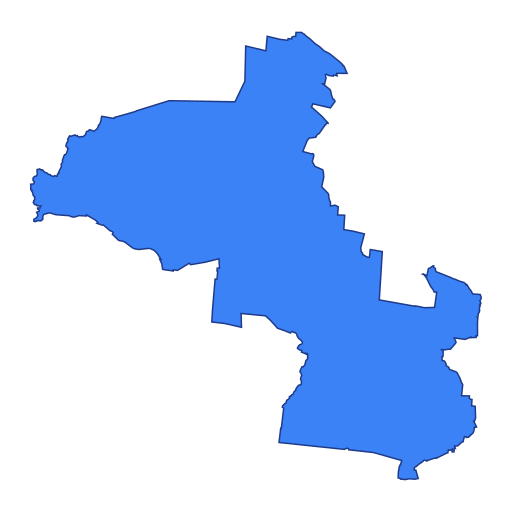 the district of Ojocaliente, Zacatecas, Mexico
{"feature_id": "50627088B28606708050164", "entity_name": "Ojocaliente", "entity_type": "district", "adm_level": 2, "iso_a3": "MEX", "parent_name": "Mexico", "parent_adm1": "Zacatecas", "projection": "orthographic", "projection_center": [-102.224, 22.565], "detail": "fine", "context": "isolated", "style": "filled", "palette": "blue", "viewbox_px": 512, "rotation_deg": 0, "n_neighbors": 0, "source": "geoboundaries", "source_scale": "gbopen_adm2", "svg_char_len": 5964}
<svg xmlns="http://www.w3.org/2000/svg" viewBox="0 0 512 512"><path d="M36.6,212.3L37.7,214.4L37.6,216.1L36.5,217.8L34.0,219.2L33.8,219.8L33.8,221.2L35.2,221.7L38.3,220.5L40.0,220.9L41.5,220.6L42.8,219.2L42.8,216.3L43.7,214.4L49.6,212.8L55.8,214.7L69.2,215.7L71.4,216.7L73.3,217.1L75.1,216.9L79.0,215.6L86.4,216.0L86.5,214.9L95.6,220.2L97.9,222.5L96.9,223.3L102.3,225.2L103.5,225.1L110.2,230.9L111.5,231.1L112.7,231.9L113.2,232.7L112.3,234.2L118.4,240.2L119.7,240.7L122.7,241.2L125.0,242.2L132.4,247.8L134.9,248.9L138.8,249.5L148.6,248.4L150.4,248.6L154.1,250.3L157.1,253.3L160.7,258.9L161.0,259.4L159.7,259.2L161.8,263.8L162.6,269.2L163.6,269.6L173.3,271.0L173.3,269.8L177.5,270.4L189.2,263.2L190.6,264.7L205.2,262.2L218.9,258.8L219.5,268.2L217.2,268.1L217.0,270.9L217.7,271.0L217.0,278.8L216.9,279.1L215.1,279.1L212.5,309.8L211.8,322.0L224.7,323.5L241.5,327.3L241.1,313.5L265.4,315.8L270.6,320.5L277.6,328.3L284.7,330.7L290.2,333.0L290.6,332.9L291.4,331.8L292.1,331.4L294.1,332.6L295.1,332.5L295.6,332.9L296.9,334.3L297.0,335.7L298.4,338.1L301.4,340.7L302.2,341.9L302.3,343.4L301.9,344.0L299.6,344.8L298.6,345.9L297.5,347.8L297.5,348.5L299.6,349.9L301.8,350.5L301.4,352.1L304.7,353.4L305.0,353.1L306.3,354.4L306.6,354.4L306.9,353.4L307.5,353.7L307.8,355.9L307.5,356.9L307.8,358.0L307.3,359.1L305.8,360.8L304.8,365.0L303.3,366.7L301.9,366.8L300.0,371.1L300.2,372.4L301.1,373.3L301.7,375.4L300.7,378.1L300.6,379.4L301.3,380.9L301.5,382.4L301.0,384.6L299.0,385.1L298.2,385.6L296.1,388.5L295.7,390.1L293.8,392.1L292.9,394.5L291.9,394.7L291.1,395.8L290.5,395.8L290.3,396.3L289.4,396.8L289.2,397.0L289.6,398.0L288.6,399.1L286.7,400.3L285.8,403.3L284.7,403.7L282.5,406.0L282.6,406.5L282.3,407.1L283.7,408.1L281.3,428.4L280.7,428.3L279.0,442.5L344.6,449.4L345.5,448.7L347.6,448.2L348.7,449.0L348.7,449.8L373.3,452.5L401.7,460.5L400.4,465.0L400.1,464.9L399.2,467.0L398.4,471.8L398.1,477.9L400.8,478.7L400.7,479.1L405.3,479.6L409.1,478.8L414.9,479.2L418.2,478.5L415.8,470.1L414.1,469.9L414.5,467.4L416.2,466.6L418.2,464.7L422.9,461.5L423.7,460.4L424.7,460.1L426.9,461.1L427.1,460.6L433.2,458.6L436.3,457.8L436.4,458.2L446.2,453.3L447.9,452.8L448.3,450.0L450.3,450.3L452.4,449.1L452.0,451.8L453.9,452.0L454.8,447.2L455.1,447.5L454.7,445.9L457.7,445.9L462.2,441.8L463.0,441.9L464.4,436.5L466.3,436.9L466.3,437.5L468.5,437.2L468.5,436.8L470.5,435.5L470.5,435.1L472.8,433.3L473.8,431.3L474.4,427.2L475.6,427.4L476.6,426.9L473.8,421.4L474.2,421.5L474.6,420.9L475.6,418.0L475.2,406.3L471.6,405.8L472.0,399.5L471.0,399.4L469.3,398.4L469.4,395.9L461.6,395.8L462.7,384.6L461.5,382.4L459.8,377.9L457.1,372.7L455.9,371.8L449.5,369.4L448.6,367.1L446.0,365.6L446.1,363.9L444.5,361.0L442.2,360.6L442.0,356.7L443.0,356.4L443.2,350.0L440.6,349.6L445.6,349.8L447.3,349.3L450.5,349.2L455.2,343.7L456.1,342.3L454.2,337.9L465.1,339.4L470.7,337.1L470.6,337.7L476.2,337.4L476.1,335.7L477.5,335.7L477.5,321.9L477.8,318.2L477.2,316.8L477.9,316.8L478.4,313.2L478.8,313.0L479.3,311.9L479.3,311.0L479.7,310.8L479.4,309.6L479.6,306.5L480.2,306.1L479.7,304.7L480.4,304.4L480.2,303.3L480.9,303.0L479.8,300.6L480.8,299.5L481.3,297.4L480.2,294.5L472.7,293.9L470.5,289.9L469.7,289.2L466.8,284.5L466.1,285.0L465.7,284.6L465.4,283.6L463.7,282.4L459.9,281.3L454.5,279.0L453.6,279.0L451.2,277.7L436.1,271.7L435.8,271.5L435.3,268.5L433.2,266.7L433.7,265.9L433.0,265.8L430.0,268.0L428.4,268.6L426.9,275.7L423.2,273.9L422.7,274.1L423.7,274.5L424.6,275.4L426.5,278.0L430.7,286.6L433.1,289.6L434.1,292.0L436.7,292.1L434.6,307.4L424.8,307.7L423.3,307.5L417.8,306.3L415.1,305.9L415.1,306.3L379.3,299.9L382.3,251.6L370.3,249.5L370.0,250.4L370.0,253.1L369.3,257.3L368.4,257.4L366.0,256.5L363.5,254.9L362.8,254.8L362.5,253.1L361.3,251.8L360.6,247.2L360.9,247.1L364.4,233.9L352.4,231.0L343.8,229.6L344.7,215.2L337.6,215.0L338.3,206.8L335.1,205.2L330.4,206.0L330.5,202.1L329.7,200.7L328.7,197.0L328.8,195.1L328.1,193.4L321.7,186.8L323.8,177.1L323.4,172.2L322.8,169.8L314.8,166.3L312.3,161.6L313.8,156.0L313.5,154.8L313.7,154.6L313.2,153.9L312.6,153.6L311.5,153.9L302.8,151.5L307.2,140.6L308.9,138.4L309.2,138.1L315.7,137.3L317.4,134.4L319.2,133.5L325.3,124.7L325.6,124.8L326.8,123.0L328.6,123.6L321.8,116.2L311.5,107.0L312.9,103.8L330.4,107.9L335.1,101.3L333.9,99.2L332.8,99.0L331.4,94.7L330.7,91.0L330.0,89.6L322.8,83.8L324.7,83.8L326.0,78.2L325.4,74.8L326.4,74.2L328.6,75.5L333.3,76.1L333.8,75.0L337.2,75.8L337.0,74.9L336.6,74.8L336.7,73.3L347.1,73.4L344.0,66.1L342.9,65.7L343.0,65.2L342.7,65.0L342.7,64.7L340.6,62.6L329.9,53.9L323.9,50.7L319.6,46.7L314.8,43.4L310.1,39.0L305.1,35.2L304.6,34.3L303.6,34.0L301.6,32.4L296.0,32.4L295.7,36.4L293.4,36.5L291.8,37.2L291.8,38.9L288.1,38.6L287.8,40.3L279.8,39.3L267.2,36.3L265.9,50.8L245.7,46.0L244.9,81.2L235.0,101.8L169.1,100.7L136.8,110.7L135.1,111.6L115.7,117.1L115.1,117.0L114.6,117.8L114.1,117.8L113.7,118.4L101.8,116.3L101.2,118.1L101.1,120.3L99.6,124.4L98.3,125.4L98.5,126.2L96.8,129.1L93.8,131.4L92.6,130.6L89.5,129.7L88.9,130.2L88.8,130.8L86.5,131.6L85.5,134.6L83.1,136.7L81.1,136.6L78.8,137.0L77.4,136.0L77.3,135.6L75.8,135.7L75.0,134.9L71.1,136.2L70.3,136.3L69.9,135.8L69.5,135.9L67.7,139.3L68.0,140.8L67.8,141.6L66.8,142.7L65.9,145.7L66.1,146.6L67.1,147.2L68.1,148.6L67.6,148.8L67.6,150.2L66.4,153.5L65.3,154.7L64.6,154.7L63.9,156.0L62.4,160.3L62.6,162.2L61.1,164.2L61.5,166.4L58.7,172.1L58.5,172.7L58.9,173.0L57.9,173.7L57.3,174.8L57.1,176.3L54.3,175.7L53.5,176.5L52.6,176.3L50.7,175.4L50.2,174.6L48.5,174.4L47.1,173.1L45.0,172.3L43.3,171.1L42.7,169.9L41.5,169.7L41.0,170.0L39.7,168.9L37.8,169.5L37.3,169.4L37.0,169.8L37.2,173.9L36.8,175.5L36.2,176.1L34.7,176.4L33.3,177.6L32.9,179.5L33.4,181.0L34.2,181.5L34.3,182.7L33.4,184.0L30.7,184.2L30.8,189.8L32.0,190.1L31.8,191.4L32.4,192.1L33.1,194.1L33.0,195.1L34.9,197.1L34.5,197.8L34.8,199.1L34.3,200.3L33.8,200.6L33.3,202.6L34.7,204.6L35.6,204.8L36.3,204.5L37.1,205.8L40.6,206.0L40.3,206.2L40.1,207.9L37.6,208.0L37.6,208.9L39.2,210.1L39.2,211.2L36.6,212.3Z" fill="#3b82f6" stroke="#1e3a8a" stroke-width="1.5"/></svg>